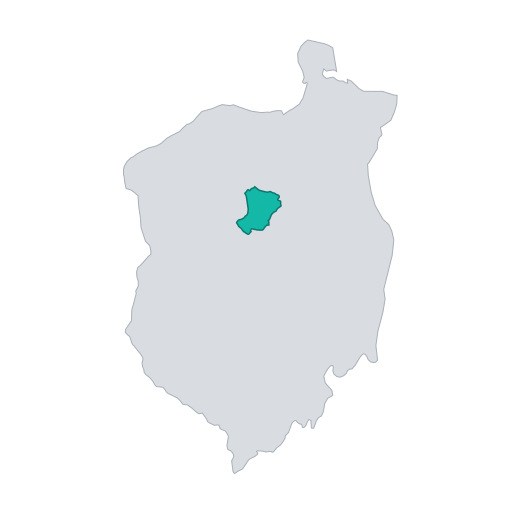 location of Covasna within Romania, rotated 273°
{"feature_id": "ROU-306", "entity_name": "Covasna", "entity_type": "County", "adm_level": 1, "iso_a3": "ROU", "parent_name": "Romania", "parent_adm1": "", "projection": "equal_earth", "projection_center": [25.978, 45.929], "detail": "fine", "context": "in_parent", "style": "filled", "palette": "teal", "viewbox_px": 512, "rotation_deg": 273, "n_neighbors": 0, "source": "natural_earth", "source_scale": "10m", "svg_char_len": 4970}
<svg xmlns="http://www.w3.org/2000/svg" viewBox="0 0 512 512"><g transform="rotate(273 256 256)"><path d="M405.1,285.2L410.0,291.4L416.3,294.7L430.7,298.2L431.9,297.8L432.1,297.1L431.0,296.2L430.9,295.0L431.6,293.6L433.5,293.6L436.8,294.8L442.9,293.0L451.9,288.0L460.2,287.0L467.9,290.0L471.9,293.4L474.4,296.6L473.7,300.6L473.3,303.1L471.5,313.5L470.2,317.3L468.0,321.7L444.5,326.9L445.9,324.4L445.3,320.0L444.3,316.7L446.4,313.8L441.1,312.7L438.8,314.3L437.0,317.1L438.7,323.7L436.2,327.3L435.2,329.4L435.2,334.2L433.7,336.2L433.4,338.5L437.2,337.9L435.6,342.1L428.6,350.0L426.1,354.8L427.0,373.7L424.0,385.1L423.8,388.5L416.2,388.6L414.0,388.3L406.8,386.6L398.7,383.6L393.9,377.7L390.8,373.5L384.0,375.4L382.7,374.9L380.8,372.9L375.7,371.5L369.4,371.5L355.1,363.9L353.5,362.6L342.3,363.9L325.6,367.7L312.8,372.3L299.6,380.6L294.3,387.0L288.0,390.3L279.2,392.8L263.4,391.9L246.9,388.7L229.3,385.3L219.7,387.2L206.8,385.7L187.4,381.7L172.9,380.4L158.5,382.8L156.2,381.0L155.7,378.9L156.3,375.9L158.3,373.5L161.8,371.7L163.7,369.9L163.9,368.0L160.1,365.0L152.2,360.9L149.0,358.3L148.2,357.7L148.0,355.4L146.4,353.5L143.3,352.2L141.0,349.8L139.4,346.3L139.8,343.1L142.2,340.0L145.3,338.7L149.1,339.1L150.7,338.2L150.1,336.0L146.5,333.3L139.8,330.0L132.9,331.8L125.8,338.8L120.8,339.9L117.8,335.2L112.4,332.4L104.5,331.5L99.7,329.7L98.0,327.0L94.6,324.9L87.1,322.7L87.0,320.6L88.3,320.1L91.0,319.9L94.6,319.4L95.2,318.2L95.3,317.1L92.5,315.7L89.6,314.8L88.1,313.8L87.2,312.8L87.0,311.7L87.9,311.0L89.0,310.9L90.2,310.3L90.9,307.7L92.5,305.6L93.6,304.9L93.6,303.4L92.5,301.9L91.0,300.7L88.7,299.9L81.5,297.7L78.0,294.7L75.7,294.6L72.3,292.9L68.5,290.3L65.4,286.6L61.9,284.2L61.0,283.2L60.9,282.2L61.6,281.2L61.6,280.0L60.8,276.4L61.5,272.5L61.5,268.9L61.5,267.3L60.8,266.8L60.2,267.3L59.3,268.0L58.4,268.2L55.9,265.5L52.8,260.1L50.6,258.4L46.3,255.9L42.7,253.8L40.2,249.3L37.6,245.9L39.4,244.4L50.0,242.4L54.7,244.4L57.0,243.7L59.1,242.1L60.3,240.8L60.6,239.4L61.7,237.7L65.3,236.9L74.6,237.9L78.4,235.6L79.8,234.3L80.7,231.4L81.8,229.1L85.2,227.9L85.2,225.8L84.7,223.5L86.8,218.4L88.0,216.3L89.9,215.5L92.3,213.9L96.3,210.6L95.5,207.7L96.3,205.5L100.5,200.3L103.8,195.2L103.8,192.7L104.3,190.5L107.2,188.1L110.1,185.0L114.2,175.2L115.6,173.6L118.2,171.7L120.1,169.8L120.4,163.4L122.2,161.6L125.6,159.5L129.0,156.2L131.8,152.2L134.0,150.4L136.8,149.9L139.8,148.4L143.2,147.8L146.4,148.5L148.5,148.2L151.6,146.2L159.7,139.0L160.9,137.6L162.5,136.6L169.0,134.1L170.7,131.7L172.9,129.4L175.8,129.6L185.0,135.1L195.1,134.8L196.9,135.0L197.5,135.1L198.7,135.5L212.0,138.3L214.0,138.0L214.6,137.7L219.9,140.0L224.7,139.7L229.2,138.1L233.9,137.6L238.2,138.5L241.4,141.7L249.9,148.5L252.4,151.0L256.3,150.6L260.6,149.4L265.0,144.8L278.4,139.7L288.6,138.5L298.6,136.4L310.1,135.0L313.4,130.8L315.3,127.9L316.6,122.7L322.7,121.1L328.6,120.1L330.7,119.4L335.0,119.2L338.4,119.6L343.5,122.2L347.2,125.5L348.6,128.1L351.7,131.7L355.0,136.9L358.6,143.7L359.5,147.2L360.8,151.0L363.6,155.5L368.7,160.6L369.4,161.6L371.8,165.2L376.3,173.1L380.1,176.3L383.4,179.7L385.0,183.2L387.4,186.4L393.0,190.6L397.5,194.4L401.2,205.4L403.8,210.4L405.4,214.3L404.8,222.2L405.8,225.5L403.8,231.7L400.3,244.1L399.5,254.0L400.2,259.3L400.3,262.8L401.3,265.0L402.3,269.5L402.5,273.4L401.2,274.6L399.3,275.5L398.6,276.3L400.3,278.1L402.7,281.4L405.1,285.2Z" fill="#d9dde1" stroke="#a8b0b8" stroke-width="1"/><path d="M325.1,251.1L322.1,255.3L321.4,257.3L321.3,258.2L320.7,261.2L320.3,264.1L320.7,265.4L320.9,265.9L321.1,266.6L321.0,267.3L320.1,269.0L319.9,269.7L319.9,270.3L319.7,271.1L319.3,271.9L318.6,272.9L318.3,273.8L317.9,275.2L317.5,275.7L316.7,276.1L315.9,276.1L315.4,275.8L314.5,275.1L314.0,274.8L313.6,274.7L313.1,274.9L312.7,275.5L312.5,276.1L312.3,277.2L312.0,277.6L311.5,277.8L309.2,277.9L307.4,278.4L306.4,277.4L304.9,275.4L304.1,274.7L303.2,274.2L302.3,273.9L301.8,273.5L301.1,272.2L300.4,271.2L299.0,269.9L297.9,269.2L293.6,267.7L292.8,267.3L292.0,266.4L291.8,266.7L291.1,266.9L290.4,267.1L289.7,267.2L289.1,266.7L288.7,267.0L288.4,267.2L287.5,267.2L287.4,265.2L286.0,263.8L282.8,261.8L282.3,261.0L282.1,260.1L282.1,256.2L282.2,254.9L282.5,254.1L282.5,253.7L282.4,253.1L282.9,251.1L282.8,250.0L282.2,249.6L281.2,249.4L280.4,249.4L280.0,249.8L279.4,249.1L277.8,248.0L277.4,247.4L277.3,246.9L277.6,246.1L278.7,244.0L279.0,243.8L279.4,243.4L279.4,242.9L279.6,242.5L281.2,240.9L282.2,240.3L282.9,239.6L284.5,237.4L285.3,236.8L286.8,235.9L287.4,235.4L287.9,235.0L288.5,234.9L289.2,235.3L290.4,236.2L290.9,236.7L291.3,237.2L291.4,237.8L291.5,238.3L291.6,238.9L292.8,240.9L293.0,241.5L293.3,241.9L295.2,243.2L295.6,243.7L295.9,244.3L296.8,244.9L298.0,245.5L302.3,245.8L314.3,243.4L316.2,242.8L317.7,241.7L318.1,241.6L318.4,241.8L319.1,242.5L319.4,242.8L321.1,243.8L321.6,244.3L321.8,244.7L321.7,245.1L321.1,245.8L321.0,246.2L321.2,246.7L322.1,247.2L322.6,247.5L323.0,247.9L323.3,248.4L323.7,249.7L324.0,250.3L324.3,250.7L325.1,251.1Z" fill="#14b8a6" stroke="#0f766e" stroke-width="1.5"/></g></svg>